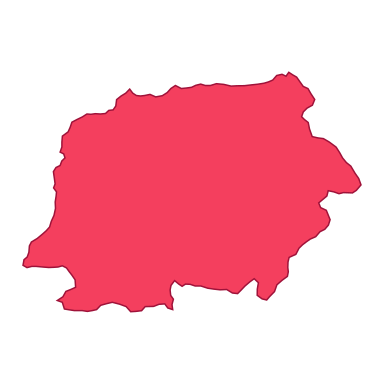 Silvianópolis, Minas Gerais, Brazil
{"feature_id": "56859067B54636857626942", "entity_name": "Silvianópolis", "entity_type": "district", "adm_level": 2, "iso_a3": "BRA", "parent_name": "Brazil", "parent_adm1": "Minas Gerais", "projection": "orthographic", "projection_center": [-45.809, -22.036], "detail": "fine", "context": "isolated", "style": "filled", "palette": "rose", "viewbox_px": 384, "rotation_deg": 0, "n_neighbors": 0, "source": "geoboundaries", "source_scale": "gbopen_adm2", "svg_char_len": 2428}
<svg xmlns="http://www.w3.org/2000/svg" viewBox="0 0 384 384"><path d="M309.5,129.0L308.2,122.5L304.4,119.5L301.6,116.7L303.3,111.9L307.1,108.1L312.4,105.2L314.7,99.5L310.9,93.7L308.0,88.6L303.2,86.4L300.0,81.9L296.6,77.1L292.6,74.8L288.8,72.3L286.0,76.2L282.0,74.3L276.7,75.5L272.7,80.1L268.5,81.9L264.1,83.2L257.9,84.2L251.3,84.9L244.4,85.7L237.0,85.8L231.1,86.1L223.8,84.4L216.4,83.7L210.4,85.5L205.3,85.5L200.7,84.1L195.8,85.3L191.6,87.3L186.6,88.0L181.3,88.5L175.4,85.5L170.9,88.5L167.2,92.6L162.3,95.7L155.7,96.9L150.0,94.4L144.7,95.5L140.5,96.0L136.3,95.5L132.7,93.1L129.7,89.1L125.7,93.2L121.1,96.0L116.6,99.6L115.8,106.0L113.1,109.9L108.8,110.4L105.5,113.5L100.4,114.0L95.3,113.7L90.9,114.3L86.9,114.0L82.4,116.9L77.0,119.5L71.9,122.2L70.2,127.2L68.1,131.9L62.4,136.1L61.9,142.0L61.9,147.0L60.1,152.1L63.7,153.9L65.0,157.9L61.8,161.0L60.1,165.5L56.0,167.5L53.4,171.6L54.4,178.6L55.1,183.9L53.6,187.9L56.5,191.9L56.1,196.2L55.2,202.0L55.5,208.4L54.0,215.4L51.3,221.3L49.6,227.0L46.2,230.8L42.6,234.0L37.2,238.5L31.4,242.0L29.4,245.9L28.9,252.3L27.2,257.0L24.0,259.7L23.0,265.3L27.0,267.6L31.8,266.4L36.1,266.4L42.7,267.0L48.8,267.5L53.6,267.3L58.1,267.0L62.3,265.8L66.5,267.9L69.3,271.8L71.8,275.0L75.1,279.8L75.6,287.3L70.7,289.5L65.9,291.4L62.9,296.8L57.3,300.5L62.3,302.3L64.4,309.0L68.6,309.7L74.4,310.6L82.3,310.6L87.4,311.4L92.2,310.6L96.6,309.6L100.7,305.3L106.4,303.7L112.3,302.3L119.7,304.2L126.2,306.6L130.7,311.7L135.7,311.4L141.6,310.7L145.2,306.6L149.7,306.5L153.6,306.4L159.0,304.3L164.8,303.9L167.8,308.0L172.7,309.6L172.0,304.6L173.4,299.2L170.7,295.4L170.1,290.0L171.0,285.4L174.6,280.6L178.8,284.1L182.1,286.3L185.5,284.1L190.1,284.3L195.2,286.0L200.9,286.0L207.7,288.2L213.8,289.1L220.1,289.8L226.7,289.5L232.4,293.0L237.6,293.6L241.2,290.0L245.0,286.0L249.9,281.8L254.2,278.7L258.4,282.7L257.3,289.1L257.2,295.3L262.1,298.9L266.7,300.0L269.4,296.8L274.5,291.6L276.9,284.8L282.2,280.2L287.4,276.4L288.3,271.8L287.8,267.5L288.0,262.0L289.1,257.4L295.9,254.3L299.0,248.2L302.6,244.7L306.4,241.8L310.2,239.1L315.7,236.7L320.0,231.7L324.8,229.3L328.4,225.1L330.1,219.7L326.3,210.3L320.6,207.6L318.7,202.9L326.9,196.0L328.2,190.7L333.9,191.9L339.0,193.7L343.4,192.6L352.5,192.9L356.3,190.4L361.0,184.9L358.7,178.5L355.0,173.2L350.8,166.1L346.4,162.6L342.6,158.0L339.8,152.9L336.1,147.1L329.2,142.0L323.4,138.6L317.9,137.9L312.2,136.6L309.5,129.0Z" fill="#f43f5e" stroke="#9f1239" stroke-width="1.5"/></svg>